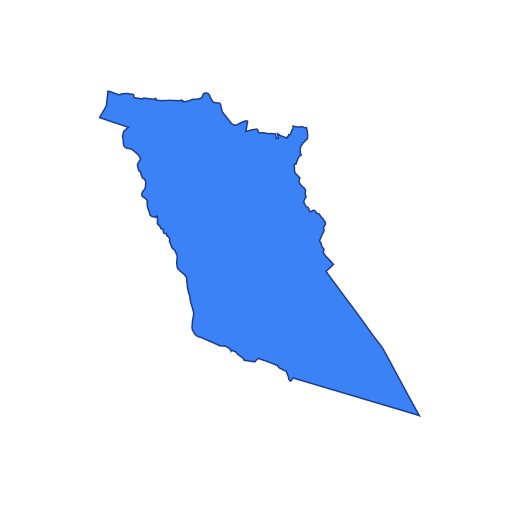 Ecatzingo, México, Mexico (orthographic projection), rotated 72°
{"feature_id": "50627088B21817072647094", "entity_name": "Ecatzingo", "entity_type": "district", "adm_level": 2, "iso_a3": "MEX", "parent_name": "Mexico", "parent_adm1": "México", "projection": "orthographic", "projection_center": [-98.759, 18.968], "detail": "fine", "context": "isolated", "style": "filled", "palette": "blue", "viewbox_px": 512, "rotation_deg": 72, "n_neighbors": 0, "source": "geoboundaries", "source_scale": "gbopen_adm2", "svg_char_len": 6054}
<svg xmlns="http://www.w3.org/2000/svg" viewBox="0 0 512 512"><g transform="rotate(72 256 256)"><path d="M53.6,346.1L56.4,347.1L67.1,352.0L76.0,362.0L79.3,357.6L79.2,357.4L79.3,357.1L79.6,356.8L80.1,356.6L94.1,337.7L96.6,343.3L101.3,346.1L103.0,346.1L105.3,346.6L107.4,347.2L108.7,347.5L110.0,347.6L111.8,347.0L113.0,346.1L114.1,344.5L116.0,341.1L123.6,336.6L128.0,335.7L131.3,339.6L132.3,340.4L134.7,341.0L136.9,341.0L138.4,341.1L139.1,340.9L140.3,340.0L140.8,339.9L143.5,340.1L144.6,340.0L146.9,339.8L148.0,338.6L149.7,337.9L152.7,338.3L157.7,340.7L159.3,343.3L161.6,345.5L164.2,345.8L167.1,343.3L170.3,342.2L172.0,343.2L174.6,343.9L177.0,344.0L179.2,344.0L180.9,343.9L184.4,344.1L186.5,342.6L187.2,341.0L188.2,339.5L187.1,338.0L188.2,337.6L189.5,338.2L191.1,338.4L194.7,339.8L196.4,339.2L197.5,338.3L199.7,338.0L201.0,337.8L201.7,336.0L202.4,335.8L203.4,336.5L204.9,336.8L206.1,336.4L206.5,335.7L207.0,334.6L207.5,334.1L208.0,334.3L209.0,334.6L210.0,333.8L211.5,333.1L213.7,332.7L214.7,333.5L215.7,333.9L217.6,333.5L219.6,333.5L221.7,333.5L223.0,333.0L225.7,331.3L227.0,331.3L229.5,331.1L231.4,330.8L233.7,331.7L235.3,332.4L237.3,333.3L239.4,333.9L243.1,334.4L245.7,333.6L247.4,332.4L249.7,330.9L251.1,330.1L253.4,329.2L254.5,328.7L256.2,328.9L258.9,329.8L261.5,329.9L262.9,330.6L264.2,330.8L266.7,331.2L270.4,331.4L272.6,331.4L274.0,331.4L275.7,331.8L276.1,332.0L279.0,332.3L283.6,332.5L287.0,332.6L289.4,332.7L291.6,333.0L295.2,334.9L296.9,335.8L298.8,336.8L300.7,337.5L302.0,338.0L303.9,338.9L306.3,339.3L310.9,338.5L313.3,337.3L314.9,335.8L316.6,333.2L329.6,318.7L330.2,318.3L332.3,312.8L335.3,310.3L335.7,309.6L337.7,309.3L338.4,308.9L338.8,309.0L338.2,308.1L339.5,306.7L341.2,304.7L343.7,303.8L347.8,300.8L349.4,299.8L351.5,299.5L356.3,289.9L354.7,287.1L354.2,285.1L356.0,283.1L358.5,279.5L367.0,269.2L369.0,268.8L370.7,267.4L372.6,265.4L374.1,264.0L374.9,262.8L378.6,262.7L381.3,262.5L383.2,262.9L385.1,262.2L385.7,261.6L383.5,258.4L456.1,153.0L458.4,150.0L434.3,154.6L426.7,156.0L404.6,160.0L398.3,161.1L383.0,164.0L375.7,166.4L371.8,167.9L360.9,171.5L356.4,172.8L332.1,180.8L327.8,182.4L309.1,188.6L302.6,190.8L292.3,194.1L287.9,184.9L281.0,188.1L278.0,189.6L275.6,190.5L274.6,190.8L273.5,190.8L272.4,190.5L271.6,189.8L270.9,189.4L270.0,189.4L269.3,189.6L268.4,190.1L267.5,190.4L266.5,190.5L265.1,190.2L263.9,190.2L263.0,190.4L262.1,190.6L261.6,190.9L261.3,190.9L261.0,190.7L260.7,190.4L260.1,190.0L259.6,189.6L258.6,188.6L257.6,187.9L256.9,187.2L255.8,186.2L254.5,184.8L253.7,183.9L253.1,183.6L252.3,183.3L251.4,183.2L250.7,183.2L250.2,183.1L249.1,182.2L248.3,181.4L247.8,180.7L247.3,180.2L245.8,179.7L245.2,179.7L244.3,180.0L243.6,180.2L242.8,180.5L241.8,180.7L241.2,180.8L239.4,181.8L238.2,182.3L237.3,182.5L236.6,182.6L235.8,183.0L235.3,183.3L234.9,183.8L234.6,184.2L234.0,185.0L233.4,185.2L232.6,185.5L231.8,185.7L231.0,186.2L230.5,186.6L230.3,187.4L230.3,188.2L230.4,188.9L230.6,189.7L230.8,190.3L230.8,190.7L230.7,190.9L230.0,191.2L228.9,191.2L228.0,191.4L227.2,191.2L226.6,191.3L225.8,191.7L225.4,192.2L224.9,192.6L224.2,193.1L223.3,193.4L220.3,193.9L219.3,193.8L218.0,193.1L217.4,192.6L215.3,190.1L212.0,190.1L209.0,188.6L206.7,188.9L204.5,190.3L204.1,190.7L202.9,191.0L202.3,191.5L201.0,191.9L200.5,192.0L198.2,192.1L195.2,190.2L192.1,191.7L189.1,193.2L186.6,193.0L184.1,192.2L182.5,191.8L180.5,191.3L181.0,189.6L177.1,186.6L174.8,184.5L174.2,182.1L173.6,181.8L173.2,181.7L171.8,182.1L170.3,181.4L168.4,181.3L165.3,179.3L163.7,176.9L163.0,176.7L162.3,174.3L161.4,173.6L161.2,173.1L161.1,172.5L160.5,171.0L160.0,170.7L158.9,170.2L155.5,169.1L154.2,168.9L153.6,168.8L149.4,168.3L148.9,170.6L147.3,171.9L147.2,172.5L147.1,172.9L146.4,176.3L145.3,178.2L143.9,180.7L144.8,180.8L146.8,181.9L146.9,182.5L147.5,182.7L147.8,183.4L148.5,183.9L149.1,184.4L150.4,185.2L151.2,186.0L151.1,186.5L150.6,187.3L152.1,188.4L152.9,189.4L152.5,189.9L153.2,190.3L152.9,191.1L152.6,191.6L151.8,192.2L150.6,193.6L149.7,194.8L148.3,196.3L148.1,196.6L147.5,196.4L147.2,197.4L146.6,197.7L150.9,198.4L150.5,200.3L145.9,199.7L145.2,201.6L144.0,204.2L143.6,206.3L143.3,206.7L141.5,210.1L140.7,212.1L140.3,213.1L140.1,213.7L140.0,214.5L139.9,215.0L139.1,215.5L138.3,215.6L137.4,215.3L136.9,215.3L136.5,215.4L136.1,215.6L135.8,215.9L135.4,216.5L135.3,217.1L135.1,219.2L134.7,221.2L134.6,223.2L134.4,226.1L134.4,227.2L134.4,227.3L133.6,226.8L132.9,226.3L131.6,225.7L130.4,225.0L129.0,224.3L127.8,223.7L126.7,223.1L125.8,222.5L125.4,222.4L125.0,222.6L124.7,222.9L124.5,223.4L124.4,223.9L124.3,224.7L124.3,225.5L124.3,226.6L124.5,228.0L124.8,230.2L124.9,231.5L125.1,232.3L125.3,233.3L125.4,234.2L125.4,234.5L125.2,235.0L124.6,236.2L124.3,236.7L123.8,237.3L123.3,237.7L122.2,238.4L121.3,238.8L120.2,239.3L119.2,239.6L118.4,239.8L118.1,240.1L117.0,240.4L116.5,240.4L115.4,241.0L114.9,241.2L113.8,241.5L113.0,241.8L112.0,242.2L111.4,242.6L110.8,242.7L109.6,243.1L108.7,243.4L107.6,243.5L106.8,243.4L105.9,243.4L104.7,243.2L103.9,243.2L102.8,243.1L102.0,243.0L101.1,242.9L100.3,243.0L99.7,243.2L99.4,243.5L99.0,244.0L98.8,244.6L98.6,245.3L98.3,245.8L97.6,247.2L97.3,247.8L96.9,248.4L96.4,249.0L95.7,249.4L94.9,249.6L94.2,249.8L93.4,250.0L92.4,250.2L91.5,250.3L90.5,250.6L89.7,250.5L88.9,250.5L88.2,250.8L87.3,251.1L86.6,251.6L86.1,252.2L85.6,253.0L85.4,253.7L85.3,254.3L85.3,254.9L85.4,255.4L85.6,256.1L86.1,256.5L86.8,257.0L87.6,257.7L88.4,258.5L88.7,259.3L88.9,260.0L88.9,260.8L88.8,261.8L88.7,263.6L88.4,264.8L87.9,266.1L87.6,267.1L87.4,268.4L87.4,269.4L87.6,270.4L87.6,271.6L87.6,273.0L87.4,275.1L86.9,277.6L86.2,277.4L84.5,278.9L85.1,279.6L83.2,284.8L82.2,287.6L81.2,290.1L80.4,293.2L79.4,296.6L78.4,299.5L77.2,302.4L76.3,302.4L75.9,302.4L75.2,302.7L75.0,303.0L75.0,303.3L75.1,303.5L75.3,303.9L75.6,304.2L71.0,314.2L71.6,315.1L69.1,320.3L68.6,321.5L68.1,322.3L67.7,322.9L67.3,322.9L66.7,322.9L65.4,322.6L64.5,322.6L63.3,325.1L62.6,326.7L61.5,328.7L61.2,329.9L60.4,332.9L60.3,333.7L60.4,334.2L60.6,334.9L60.7,335.5L60.5,336.1L60.0,336.8L59.5,337.7L58.3,339.1L57.0,340.9L55.4,342.8L53.6,345.5L53.6,346.1Z" fill="#3b82f6" stroke="#1e3a8a" stroke-width="1.5"/></g></svg>